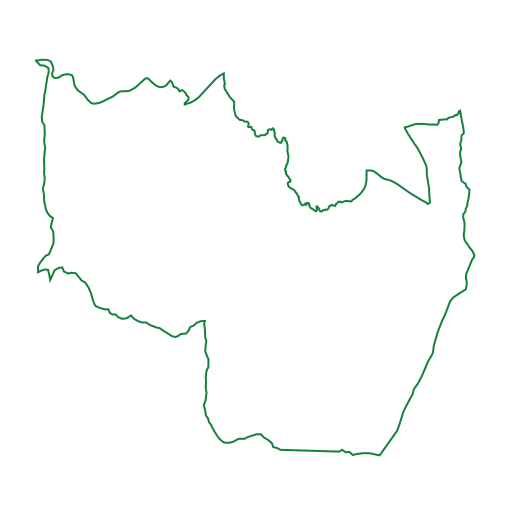 Hleoheng, Leribe, Lesotho, rotated 358°
{"feature_id": "5366337B95493361127464", "entity_name": "Hleoheng", "entity_type": "district", "adm_level": 2, "iso_a3": "LSO", "parent_name": "Lesotho", "parent_adm1": "Leribe", "projection": "natural_earth1", "projection_center": [27.92, -28.954], "detail": "fine", "context": "isolated", "style": "outline", "palette": "green", "viewbox_px": 512, "rotation_deg": 358, "n_neighbors": 0, "source": "geoboundaries", "source_scale": "gbopen_adm2", "svg_char_len": 5985}
<svg xmlns="http://www.w3.org/2000/svg" viewBox="0 0 512 512"><g transform="rotate(358 256 256)"><path d="M474.3,263.0L472.4,258.5L471.4,257.1L470.8,256.5L465.2,247.8L464.6,245.0L464.3,242.1L465.2,237.1L465.6,230.7L464.9,226.8L464.4,225.4L464.6,222.4L464.9,221.2L467.0,218.7L467.1,216.8L468.8,213.2L469.1,210.8L470.7,204.6L471.7,197.2L468.6,193.9L468.1,191.3L464.2,188.3L463.3,183.7L463.2,180.7L462.4,177.5L462.4,174.7L464.0,171.0L464.5,169.0L463.5,162.6L463.7,159.0L464.5,157.1L464.7,155.8L464.0,151.1L465.4,146.7L465.4,143.6L465.7,142.8L467.8,140.8L468.0,139.7L467.5,133.8L466.7,129.6L465.0,117.9L463.7,118.8L463.7,120.2L462.1,121.6L462.0,122.2L460.7,122.3L460.1,122.1L459.4,122.9L458.9,122.9L457.8,123.7L453.6,124.5L452.8,125.0L451.7,126.2L449.9,126.0L443.5,126.5L443.3,128.9L441.9,131.1L432.6,130.5L427.9,129.8L420.4,129.6L411.8,132.1L409.2,132.6L409.4,133.9L412.4,139.7L413.8,141.7L414.2,143.0L416.1,145.6L418.0,149.2L419.9,151.7L422.5,156.4L426.1,164.0L429.2,171.5L429.7,174.6L429.6,181.5L431.3,194.1L431.3,201.3L431.7,207.8L431.6,208.6L429.8,210.0L427.5,208.3L421.5,204.7L411.5,198.0L399.6,189.0L396.3,186.9L392.4,185.0L387.9,183.7L386.1,183.0L384.1,181.6L378.6,176.7L375.7,175.0L373.0,174.4L369.5,174.4L369.0,184.9L368.1,188.6L367.1,191.2L366.2,192.8L363.7,196.1L361.3,198.5L357.7,201.4L354.0,203.7L353.1,204.8L348.1,204.1L346.0,204.5L343.7,205.4L342.9,205.4L342.2,204.6L340.1,204.8L339.2,205.9L337.8,206.8L336.9,208.7L333.3,207.7L332.9,208.2L331.5,208.3L331.2,208.6L329.8,211.4L329.1,212.0L328.6,212.3L327.2,212.0L327.0,212.3L324.6,212.6L323.9,213.4L323.0,213.8L321.6,213.3L320.3,210.3L318.7,208.4L318.1,209.0L318.5,212.5L318.2,212.9L317.6,213.3L317.1,213.2L316.4,213.0L315.4,211.8L312.3,209.9L311.2,208.2L311.0,205.9L310.5,205.1L309.8,204.7L308.9,204.7L308.5,205.1L308.3,206.5L307.8,206.6L306.9,205.5L306.5,206.2L305.1,206.8L304.3,207.0L303.6,206.8L303.0,206.1L301.0,201.8L300.8,200.0L300.9,198.4L300.1,197.6L299.0,194.9L297.9,194.0L297.8,193.5L297.0,192.1L296.2,191.2L295.2,190.8L291.6,188.2L290.9,187.2L290.4,186.0L290.5,183.8L292.0,183.0L292.5,183.1L293.1,182.1L293.2,181.3L292.4,180.5L290.8,177.5L290.0,176.9L289.6,175.9L289.0,175.3L288.7,174.4L288.9,173.4L288.8,172.4L288.1,171.7L288.2,169.7L288.8,169.0L289.4,166.5L290.4,165.2L291.3,162.2L291.5,160.2L292.0,158.4L291.0,151.4L291.4,149.1L291.2,147.0L291.3,146.0L290.6,142.9L290.1,142.1L289.4,141.6L289.2,140.8L289.5,139.5L288.0,138.6L287.3,138.8L286.8,139.4L286.5,140.3L286.5,141.3L285.9,141.6L285.4,143.2L284.8,143.8L284.2,143.8L283.2,143.3L281.3,142.0L280.4,139.5L279.8,139.3L278.9,136.9L278.7,135.6L279.2,133.9L278.5,132.2L278.3,130.0L277.4,129.4L277.2,129.0L276.7,129.2L276.4,130.1L276.0,130.4L274.0,129.9L272.5,130.4L272.0,133.1L271.7,133.9L270.2,134.4L269.8,135.0L269.0,135.6L265.7,135.4L264.3,135.8L263.4,136.5L261.6,136.8L261.0,136.3L260.4,136.2L259.6,135.2L259.0,132.7L259.1,131.6L258.6,130.3L258.2,130.4L256.8,129.6L256.3,128.6L255.9,126.9L255.4,126.7L253.6,127.0L252.9,126.8L252.6,125.8L253.4,124.0L253.1,122.8L252.5,121.9L251.4,121.3L249.8,121.4L247.3,119.8L244.4,119.3L241.1,116.0L240.1,113.5L239.3,109.4L239.2,105.8L239.5,104.4L239.4,100.8L236.4,97.5L234.9,95.4L233.7,93.2L232.4,91.4L232.2,90.6L230.6,88.0L230.1,84.6L231.0,82.7L230.7,82.0L230.6,80.6L230.0,77.3L230.2,72.4L225.9,74.6L221.7,77.8L204.3,95.4L201.2,97.7L196.6,100.2L190.1,102.1L190.1,100.8L193.6,97.7L194.2,95.9L193.9,94.7L193.0,93.5L192.0,92.8L191.5,91.0L189.7,88.9L187.9,87.6L185.3,88.8L184.3,86.6L182.3,85.0L179.5,83.9L178.1,79.4L176.4,77.7L172.2,82.3L170.2,83.4L168.0,83.9L166.1,83.9L164.7,83.6L161.5,81.8L157.3,78.0L154.4,74.8L153.3,74.6L151.6,74.8L141.0,83.6L136.5,85.9L134.7,86.6L132.9,86.8L127.2,86.7L125.2,87.2L123.3,88.2L118.7,91.5L106.0,97.2L101.4,98.1L98.4,98.0L96.6,97.3L94.8,95.7L93.3,94.0L89.9,89.0L83.6,84.1L81.7,81.2L80.6,79.0L79.5,71.8L79.1,70.4L78.3,68.9L76.2,68.1L74.2,67.7L70.4,68.1L68.0,68.8L65.9,70.3L64.3,70.9L62.2,71.2L61.0,71.0L59.3,69.8L58.7,68.9L58.6,66.6L60.0,63.0L59.9,60.7L58.6,56.4L57.7,54.6L56.6,53.7L53.1,52.6L48.7,52.4L44.7,53.0L43.1,52.9L42.3,52.5L47.0,57.9L51.1,58.3L55.2,61.0L55.2,65.4L53.6,70.4L51.0,84.4L50.1,87.8L49.1,96.5L46.7,110.0L47.1,114.6L49.1,118.0L49.2,126.8L48.4,132.1L48.4,136.2L49.1,140.2L47.8,149.2L47.5,152.8L47.5,161.4L47.0,166.3L47.6,170.8L47.0,175.4L45.3,181.5L46.2,186.8L46.2,193.4L47.6,202.0L49.1,205.5L51.1,208.5L54.4,211.1L52.7,216.5L51.9,220.1L54.2,224.5L54.4,231.2L54.0,236.5L49.1,247.1L46.0,248.3L43.6,250.8L40.4,254.6L37.7,258.8L37.7,264.7L40.4,263.3L44.3,262.1L47.7,262.6L48.7,267.3L49.5,272.8L54.2,263.3L58.5,260.9L62.0,260.7L63.5,264.8L67.7,266.9L71.0,266.3L75.2,266.9L81.0,274.5L84.1,276.3L85.9,278.9L87.6,281.9L89.8,287.5L91.5,294.5L93.5,300.1L98.2,302.5L103.4,304.1L106.6,304.1L108.0,307.9L110.7,309.5L113.9,309.5L115.8,312.1L119.7,314.0L123.0,314.0L126.4,312.7L128.9,311.0L132.2,314.7L136.3,317.2L139.8,318.5L143.6,318.5L148.0,321.5L154.4,324.1L157.0,324.6L160.5,327.3L165.2,330.3L169.4,333.3L172.7,334.1L175.3,333.3L177.7,331.5L181.0,331.1L183.5,331.1L186.1,328.1L187.9,324.6L191.0,323.5L194.5,320.6L198.7,319.2L202.6,319.1L201.8,322.2L202.4,327.7L202.4,335.2L203.4,339.6L202.5,344.1L201.9,349.6L204.9,357.8L204.5,365.4L202.6,368.8L201.6,374.5L201.7,380.4L201.1,385.9L201.8,390.9L200.4,399.0L198.7,403.1L200.0,409.9L200.3,413.5L202.4,416.7L203.3,420.6L205.2,423.1L206.6,426.6L209.4,431.8L211.8,435.7L214.3,438.7L217.5,441.3L222.7,441.8L226.8,440.8L232.3,438.1L238.3,438.3L240.8,436.9L250.0,434.2L254.5,434.3L257.5,437.6L261.6,440.2L265.4,443.7L266.6,447.6L270.2,448.6L273.9,450.6L332.6,454.4L335.2,452.6L338.5,455.2L342.7,455.2L345.8,458.3L349.1,457.5L356.6,456.8L360.8,457.0L364.1,457.4L372.6,459.6L391.0,435.5L393.6,429.0L398.0,416.4L400.7,411.4L407.8,399.3L409.1,394.7L413.7,388.6L417.5,381.9L424.1,367.7L428.3,361.0L429.6,358.3L430.5,352.1L434.9,338.4L439.6,327.5L442.7,321.6L445.5,315.1L448.2,308.4L451.9,304.1L464.5,296.6L465.6,292.2L465.6,288.3L465.0,285.5L465.4,281.6L471.6,267.7L473.8,264.5L474.3,263.0Z" fill="none" stroke="#15803d" stroke-width="2"/></g></svg>